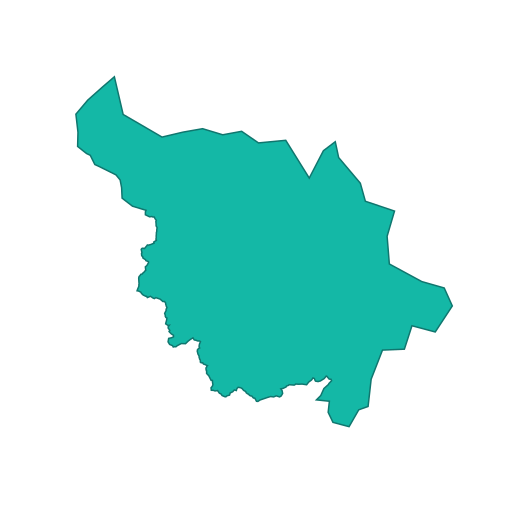 the district of Nookat, Osh, Kyrgyzstan, rotated 10°
{"feature_id": "92254566B4479421635169", "entity_name": "Nookat", "entity_type": "district", "adm_level": 2, "iso_a3": "KGZ", "parent_name": "Kyrgyzstan", "parent_adm1": "Osh", "projection": "equal_earth", "projection_center": [72.518, 40.099], "detail": "fine", "context": "isolated", "style": "filled", "palette": "teal", "viewbox_px": 512, "rotation_deg": 10, "n_neighbors": 0, "source": "geoboundaries", "source_scale": "gbopen_adm2", "svg_char_len": 3952}
<svg xmlns="http://www.w3.org/2000/svg" viewBox="0 0 512 512"><g transform="rotate(10 256 256)"><path d="M254.1,397.6L254.4,395.3L256.6,393.8L257.1,393.0L257.9,391.7L260.0,391.9L260.1,390.8L260.2,389.9L261.2,388.4L263.7,388.4L264.9,388.8L265.3,388.9L265.5,389.1L266.9,390.3L267.9,390.8L268.4,390.8L268.5,390.9L269.7,391.6L270.0,392.3L271.6,393.2L272.5,393.3L273.9,394.4L275.0,394.7L276.1,394.6L278.1,396.3L279.5,396.2L281.5,398.7L281.7,399.0L282.9,398.9L283.1,398.9L284.9,397.2L285.0,397.1L292.1,393.2L294.5,392.0L294.6,391.9L295.8,391.8L296.0,391.8L297.9,391.7L300.2,390.2L303.1,390.6L303.7,390.7L305.1,389.5L306.1,386.7L305.1,384.1L303.5,382.5L305.8,381.6L308.4,379.7L308.6,378.8L310.5,377.7L310.9,377.0L316.0,376.5L316.3,376.3L316.6,376.1L317.3,375.2L320.1,374.9L323.7,374.1L324.4,374.1L328.2,374.0L329.8,371.0L332.2,368.5L332.4,368.1L333.3,366.2L334.7,366.5L334.9,366.8L335.9,368.4L335.9,368.5L336.4,368.9L337.8,368.9L339.0,368.9L339.7,368.5L340.4,368.2L341.1,367.9L344.4,364.9L346.0,362.1L346.6,362.1L349.4,364.5L351.3,364.4L352.1,365.7L350.0,368.8L349.6,370.0L345.9,374.7L344.0,382.2L340.5,387.2L353.5,386.3L354.2,397.4L360.7,406.5L377.3,407.9L383.9,389.6L392.5,384.7L390.8,357.3L396.9,326.7L418.3,322.0L421.7,297.6L445.7,299.7L458.0,271.1L446.9,254.8L423.7,252.4L388.7,240.7L381.7,213.8L384.6,187.7L354.2,183.1L346.1,166.2L320.3,144.7L315.0,131.6L314.2,129.7L304.1,140.6L294.9,170.0L265.2,136.9L238.8,144.2L220.2,135.7L202.2,142.4L181.3,139.9L162.8,146.6L142.8,155.2L100.6,139.7L85.4,104.1L75.9,115.7L63.3,131.6L54.0,147.6L59.2,165.1L61.3,179.1L71.3,184.5L75.3,185.6L81.4,193.9L84.9,194.8L104.0,200.4L109.0,204.7L111.8,212.1L114.1,222.3L125.7,228.4L139.8,230.1L139.4,231.7L139.9,234.6L144.4,235.9L146.6,235.2L147.6,235.5L149.0,235.3L150.3,237.0L151.6,238.2L151.4,239.4L152.1,242.0L152.3,243.3L152.8,244.3L153.4,244.8L153.7,245.3L153.7,247.2L154.0,249.2L153.8,250.0L154.1,252.0L154.2,253.5L154.6,255.5L154.5,256.8L155.1,257.4L155.2,257.9L153.6,259.3L152.9,260.0L153.4,261.0L150.3,263.0L148.1,264.0L147.1,264.0L147.0,264.3L146.8,264.7L145.1,267.6L144.6,268.1L143.3,267.9L142.3,268.4L141.8,269.4L143.1,272.6L142.8,273.4L143.4,275.6L144.5,276.3L145.1,277.7L147.8,278.8L148.4,279.7L151.0,280.2L151.3,281.2L150.2,284.3L148.9,285.9L149.9,289.3L149.3,289.9L148.3,291.7L147.8,292.1L146.9,293.6L145.7,294.1L145.2,295.4L144.6,296.2L144.3,297.1L144.4,298.6L145.4,302.7L145.7,303.7L145.6,304.8L145.9,305.8L145.7,307.0L145.2,309.1L144.9,310.9L146.4,310.9L148.8,311.6L149.8,312.8L151.6,314.0L154.4,314.8L155.3,314.7L156.2,315.8L159.1,314.0L161.9,315.3L163.3,315.6L164.6,314.4L169.0,315.1L172.2,317.0L173.8,316.7L175.1,317.9L175.4,319.1L175.9,319.9L176.1,320.5L176.4,321.1L177.3,322.2L176.7,324.1L177.0,325.0L176.0,328.4L177.0,330.2L177.0,330.9L177.9,332.2L179.0,332.5L179.1,334.1L179.0,336.4L178.9,336.6L178.8,338.5L181.5,339.7L182.6,339.3L181.8,340.9L182.0,342.2L184.0,344.2L183.5,345.5L186.1,347.4L188.5,348.4L188.8,349.9L187.2,351.1L184.3,352.3L184.3,355.8L186.3,358.1L189.4,358.8L190.3,360.0L191.4,359.5L192.9,359.3L194.0,358.0L197.6,355.2L201.8,354.6L203.9,351.7L205.7,349.7L208.1,347.6L209.8,349.4L211.6,349.4L213.1,349.8L215.3,349.5L216.2,350.0L215.6,352.6L215.6,354.8L216.5,356.4L215.5,357.0L214.6,358.6L214.8,359.3L214.6,359.8L216.0,362.9L217.1,364.1L217.5,365.2L217.6,365.8L218.2,366.8L218.4,367.4L219.0,367.8L219.6,369.5L219.5,370.0L220.5,370.7L222.1,370.4L222.6,371.2L223.6,371.7L225.0,371.7L225.9,372.2L227.1,372.4L226.7,372.9L226.8,373.7L226.4,374.5L226.2,374.9L226.4,376.2L226.8,376.7L226.8,377.2L227.3,377.6L227.4,378.6L227.7,379.2L227.6,379.9L227.9,380.3L228.9,381.2L230.1,381.9L233.4,386.3L234.4,386.1L234.7,386.1L234.9,386.8L235.0,387.6L235.4,388.8L235.9,390.1L235.6,391.9L234.6,393.6L235.3,396.0L237.3,395.7L239.1,396.0L241.5,395.2L243.0,396.7L243.8,397.5L245.4,397.9L246.8,399.3L249.7,400.0L250.8,399.9L250.9,399.7L251.3,399.1L251.5,398.9L252.6,398.3L253.0,398.1L254.1,397.6Z" fill="#14b8a6" stroke="#0f766e" stroke-width="1.5"/></g></svg>